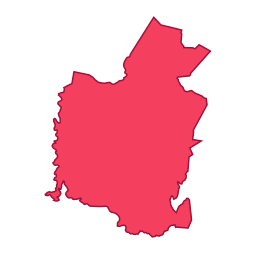 Pluma Hidalgo, Oaxaca, Mexico (Mercator projection), rotated 268°
{"feature_id": "50627088B69643884301220", "entity_name": "Pluma Hidalgo", "entity_type": "district", "adm_level": 2, "iso_a3": "MEX", "parent_name": "Mexico", "parent_adm1": "Oaxaca", "projection": "mercator", "projection_center": [-96.45, 15.922], "detail": "fine", "context": "isolated", "style": "filled", "palette": "rose", "viewbox_px": 256, "rotation_deg": 268, "n_neighbors": 0, "source": "geoboundaries", "source_scale": "gbopen_adm2", "svg_char_len": 5636}
<svg xmlns="http://www.w3.org/2000/svg" viewBox="0 0 256 256"><g transform="rotate(268 128 128)"><path d="M237.7,157.6L202.1,133.3L199.4,132.2L199.0,131.7L198.5,129.5L197.9,129.0L194.3,126.7L191.5,125.9L190.7,125.8L188.6,126.4L187.3,127.2L185.8,127.6L184.8,127.4L184.3,126.9L183.9,126.8L183.3,126.8L182.6,127.3L182.2,128.3L181.4,128.7L180.8,128.6L179.9,128.2L178.8,126.5L178.4,125.6L177.3,125.6L176.5,125.3L175.7,123.3L175.5,121.3L175.1,120.5L174.9,120.1L174.1,119.4L173.5,117.9L172.3,115.9L172.2,115.1L172.3,114.1L172.8,113.2L174.0,111.9L174.2,110.8L174.0,108.8L173.5,106.4L173.8,103.8L174.9,99.5L176.1,98.4L177.1,97.0L179.7,94.8L182.4,91.0L186.1,76.0L174.4,73.5L170.6,65.3L169.3,65.8L166.8,65.3L166.0,64.9L165.7,63.7L165.5,62.3L164.6,59.9L163.3,59.7L162.6,60.5L161.1,61.9L159.6,62.8L158.9,62.9L158.1,62.4L157.5,61.6L156.5,59.4L156.0,59.0L154.6,58.8L152.2,60.8L151.2,61.9L149.4,61.6L148.6,61.0L147.8,60.9L146.9,60.4L145.9,59.9L145.3,59.0L143.6,59.1L142.7,59.3L140.0,60.5L136.3,60.5L135.3,59.8L135.3,59.3L136.7,57.5L137.5,56.8L138.4,56.5L139.6,55.9L140.1,55.1L139.8,54.5L139.5,54.2L139.0,53.9L137.2,54.0L134.4,55.1L133.1,55.4L131.9,55.1L130.6,54.2L129.7,54.1L128.4,54.5L128.3,54.9L128.3,55.6L128.5,56.7L128.3,57.1L127.7,57.2L127.1,57.2L125.3,56.6L124.2,55.5L123.5,55.6L122.7,55.9L121.3,57.5L120.1,57.5L118.2,56.7L117.9,56.2L117.7,55.1L117.7,54.0L117.1,53.8L116.9,53.9L116.4,54.7L116.0,55.1L115.5,55.2L115.2,54.5L115.3,54.0L115.3,53.5L114.7,52.6L113.3,51.7L112.6,51.7L112.1,51.8L110.9,52.4L109.6,54.0L108.5,55.5L107.1,55.7L107.0,55.0L106.6,54.8L106.0,54.8L104.7,55.2L104.0,56.0L103.5,56.4L102.1,56.6L101.4,56.4L100.7,56.1L98.6,53.8L96.7,53.0L96.4,52.8L96.0,51.9L95.7,51.8L95.3,51.9L93.7,53.1L93.4,53.6L93.3,54.0L93.5,54.8L93.5,55.7L93.4,56.7L92.8,57.5L91.9,57.7L91.6,57.6L90.4,55.9L89.4,55.3L88.6,55.0L86.2,53.2L85.3,52.9L84.7,52.9L84.4,53.0L84.1,53.4L84.0,54.6L83.6,54.7L82.2,54.7L81.4,54.3L81.1,54.0L80.9,53.1L79.1,52.1L78.7,52.3L78.5,52.6L78.3,53.2L78.1,54.6L77.4,55.1L76.8,55.3L75.4,55.4L74.3,55.1L73.6,54.7L72.9,54.7L72.5,54.8L71.8,54.7L70.8,54.1L70.2,53.5L69.6,53.5L68.1,54.1L67.7,53.9L67.2,52.6L66.4,49.6L66.4,48.9L67.0,47.3L66.9,46.7L66.3,45.0L65.2,44.1L64.7,43.1L64.2,43.0L63.8,43.2L63.5,43.7L63.3,45.2L63.4,46.2L63.9,46.7L64.2,47.7L63.9,48.1L62.3,48.8L61.5,49.5L60.8,50.2L59.7,51.8L59.2,52.0L58.7,51.8L58.3,51.3L57.8,52.4L57.6,53.8L57.6,55.3L58.3,56.6L59.1,56.5L60.7,55.7L61.1,54.8L61.3,54.7L61.7,55.0L62.0,56.2L62.6,57.3L65.1,58.6L66.6,58.2L66.7,57.8L67.6,57.3L68.6,56.5L69.0,56.4L69.9,56.4L70.1,56.9L69.0,58.0L69.0,58.6L71.4,59.5L73.1,59.6L74.7,60.1L76.7,61.4L77.2,61.4L77.1,62.0L76.3,62.6L74.7,62.3L72.3,63.7L72.1,64.1L70.9,64.9L68.1,66.2L66.5,64.6L65.5,63.9L65.0,63.6L64.0,63.5L62.1,64.3L61.2,65.0L60.3,66.0L60.2,67.1L60.3,68.1L60.1,69.4L59.6,70.0L58.8,70.4L58.5,71.0L58.7,74.9L59.5,77.5L59.4,78.6L59.1,78.8L58.6,78.6L58.1,78.1L57.5,77.1L57.0,77.2L56.5,77.9L55.6,78.7L54.0,81.3L53.5,81.3L53.1,81.7L53.4,83.1L53.7,84.2L53.4,85.0L52.9,85.5L52.3,85.9L51.3,87.2L51.0,91.1L50.8,92.4L50.5,96.7L50.5,100.2L50.6,103.2L50.0,104.8L45.5,107.0L44.5,108.4L43.5,111.9L42.4,113.6L41.1,115.0L39.7,115.9L38.2,116.5L35.7,116.2L34.8,115.4L34.1,114.5L33.3,114.2L29.8,113.9L30.3,114.1L30.0,116.4L30.5,117.5L31.0,119.3L30.8,121.1L30.3,122.0L29.0,122.5L27.8,122.5L26.4,121.9L25.5,122.1L24.5,122.6L24.0,123.3L23.7,124.9L22.2,126.6L22.3,128.8L21.9,129.3L21.5,130.3L21.5,132.0L21.7,132.5L21.8,133.6L21.6,134.4L22.7,134.9L22.9,135.3L23.7,136.1L24.0,136.2L24.5,136.1L24.5,136.7L24.4,137.1L24.3,137.5L24.5,138.2L24.5,138.6L24.0,139.3L23.2,139.9L22.8,140.5L22.7,140.9L23.0,141.6L23.0,141.8L22.7,142.5L21.7,143.8L21.7,144.9L21.6,145.5L21.1,146.0L20.5,146.3L19.2,147.7L18.4,148.3L18.3,148.5L18.6,150.4L18.7,151.2L18.8,151.7L19.0,152.0L19.3,152.0L19.8,152.4L19.8,152.9L19.2,153.9L19.1,154.4L19.2,155.1L18.9,155.5L19.0,155.8L19.5,156.1L19.5,156.9L20.1,158.8L20.6,159.3L21.7,159.7L22.8,160.4L23.7,161.1L23.8,161.7L23.6,162.0L23.9,162.4L24.1,163.2L24.3,163.3L24.3,163.9L24.6,164.3L25.7,164.6L26.1,164.8L27.0,165.0L27.3,165.3L27.5,165.6L27.9,165.8L28.0,166.1L28.5,166.6L29.2,168.0L29.3,168.6L29.2,169.9L29.5,170.6L29.6,171.3L29.4,171.7L27.8,171.7L27.0,172.3L27.3,172.6L25.9,184.5L33.8,188.3L54.0,186.8L55.4,185.8L55.6,185.0L55.6,184.2L54.9,183.7L54.3,183.7L53.6,182.4L52.9,181.3L52.2,180.8L50.3,180.0L49.3,178.0L47.9,176.2L44.7,174.6L41.7,173.4L44.1,170.9L45.1,170.2L46.4,169.6L48.7,168.3L51.3,167.9L52.6,167.9L54.6,167.2L55.2,167.7L56.1,168.0L58.2,169.0L58.6,169.5L58.3,170.0L57.3,170.7L56.3,170.8L55.2,171.3L56.0,172.9L56.6,174.0L57.7,174.6L59.8,175.5L62.7,176.0L65.1,176.5L66.6,177.3L67.5,177.3L70.7,175.9L72.2,175.6L72.6,175.9L72.1,176.6L71.1,177.6L70.4,178.6L70.2,179.8L72.6,180.8L73.2,181.5L73.7,182.9L74.7,183.3L75.4,184.0L76.1,184.3L78.5,184.5L79.0,184.5L79.6,183.8L80.1,183.9L81.8,185.1L82.3,185.6L82.5,186.3L97.0,188.0L99.3,191.8L105.8,189.0L112.5,200.8L114.2,192.3L116.9,192.5L118.4,193.1L120.6,193.1L121.7,193.4L123.7,193.3L148.4,207.8L154.8,207.2L155.0,205.9L155.4,205.1L157.7,202.5L158.2,201.1L159.4,198.8L159.6,197.8L161.2,195.2L162.7,193.6L163.2,192.7L163.1,191.6L162.8,190.8L162.3,188.7L162.4,187.4L162.8,186.3L163.3,185.7L164.2,185.3L164.8,184.9L166.4,184.5L167.9,183.3L168.5,182.3L169.6,181.7L170.8,181.2L171.8,180.6L173.0,180.1L174.6,179.9L176.1,178.7L177.1,179.3L177.9,190.3L177.7,190.8L178.5,191.8L179.2,192.4L179.7,192.5L180.5,192.5L202.0,213.0L208.7,202.0L204.8,197.7L205.7,196.0L206.0,194.3L206.0,193.3L206.4,186.6L207.1,186.7L207.8,186.5L208.9,185.6L209.8,185.1L210.7,184.2L211.5,184.1L212.4,184.0L220.0,185.0L221.1,184.3L222.5,184.7L224.0,185.1L229.8,164.5L237.7,157.6Z" fill="#f43f5e" stroke="#9f1239" stroke-width="1.5"/></g></svg>